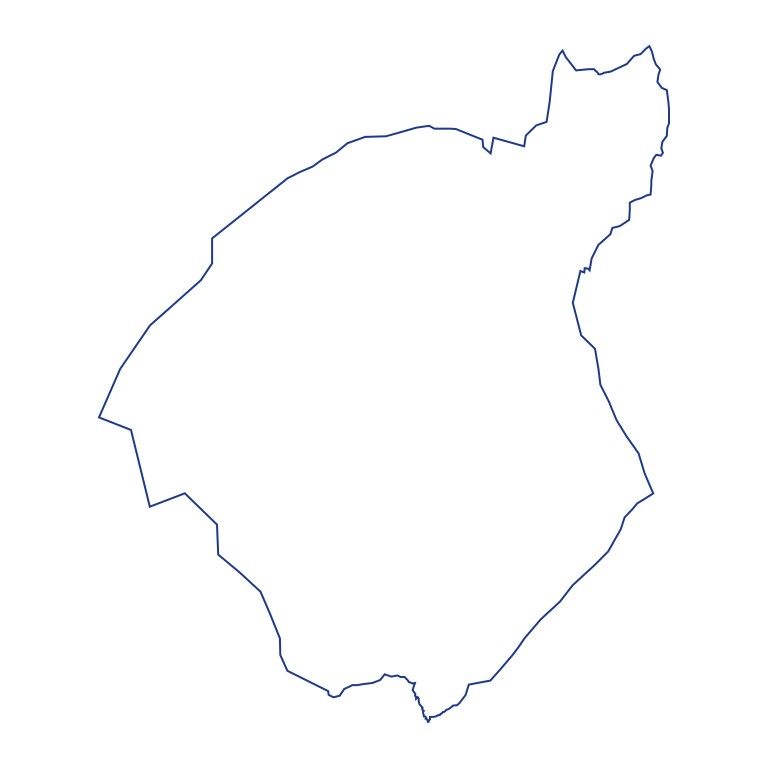 outline of Moro, Kwara, Nigeria
{"feature_id": "59680162B98306169506823", "entity_name": "Moro", "entity_type": "district", "adm_level": 2, "iso_a3": "NGA", "parent_name": "Nigeria", "parent_adm1": "Kwara", "projection": "equal_earth", "projection_center": [4.676, 8.847], "detail": "fine", "context": "isolated", "style": "outline", "palette": "blue", "viewbox_px": 768, "rotation_deg": 0, "n_neighbors": 0, "source": "geoboundaries", "source_scale": "gbopen_adm2", "svg_char_len": 2663}
<svg xmlns="http://www.w3.org/2000/svg" viewBox="0 0 768 768"><path d="M212.1,238.4L212.1,263.5L200.9,280.2L178.3,300.3L150.0,325.4L120.2,368.9L99.0,417.4L131.0,430.0L149.8,506.7L184.8,493.3L217.0,524.6L218.2,554.6L239.5,572.3L260.5,591.7L270.1,614.0L279.9,638.4L280.3,655.0L287.4,670.8L323.3,688.7L326.0,690.0L328.2,691.2L328.6,694.8L333.5,697.3L339.7,695.7L344.2,689.0L348.8,686.9L352.4,685.1L357.4,685.1L363.9,684.0L372.4,683.0L380.2,680.0L384.7,674.3L391.3,676.6L397.4,675.5L400.9,677.1L401.9,677.0L403.1,677.0L404.6,677.0L407.7,680.2L408.8,682.0L410.9,682.7L412.3,683.5L415.0,683.0L413.5,687.2L412.7,689.9L413.9,692.2L415.3,693.6L415.0,695.7L416.0,696.6L416.1,698.8L417.7,697.2L418.7,698.8L418.7,701.3L419.3,703.9L421.1,706.1L422.6,707.8L422.1,708.5L422.7,710.2L423.8,710.9L422.9,712.0L423.5,714.3L423.9,716.4L425.3,716.5L426.0,717.7L425.6,718.7L427.1,719.4L428.0,721.9L428.6,721.8L428.9,720.3L430.0,719.4L429.9,717.1L432.3,716.9L434.1,716.8L436.2,716.3L437.2,715.6L438.0,715.1L438.8,715.3L439.9,715.0L440.4,714.1L441.3,713.5L442.2,713.2L442.7,712.1L444.0,711.9L445.2,711.2L446.2,709.9L448.5,709.1L450.6,707.7L453.2,705.5L456.9,705.3L459.4,703.1L465.6,695.0L468.8,684.6L490.3,680.6L492.0,678.7L500.2,669.5L512.8,654.7L518.3,647.4L524.9,637.8L540.8,619.3L547.4,613.2L560.0,601.6L561.7,599.4L572.6,585.3L595.0,564.7L608.2,551.4L611.9,544.9L615.3,538.8L620.8,529.2L624.6,517.4L632.3,509.3L637.2,503.4L644.4,499.0L653.2,493.4L644.6,473.3L638.6,453.4L626.5,436.3L618.1,422.7L616.5,420.0L611.5,408.0L609.1,402.0L600.4,384.8L599.4,376.7L598.4,368.6L595.0,348.8L581.2,335.4L572.8,302.8L580.4,271.0L584.3,272.5L584.7,268.2L588.1,268.6L589.6,270.3L591.6,258.6L598.3,245.0L610.4,234.2L612.4,227.9L619.8,226.1L629.2,219.8L629.8,209.8L629.8,202.6L635.2,199.9L641.2,198.1L646.6,195.4L650.6,194.5L651.3,185.5L651.3,181.0L652.6,171.1L650.6,165.6L653.6,158.4L656.3,154.8L661.0,155.7L662.9,152.8L661.3,148.4L662.4,141.8L666.8,135.9L667.3,127.8L669.0,123.3L669.0,117.4L669.0,109.3L668.4,101.9L666.8,90.1L661.8,87.9L657.4,82.0L658.5,74.6L660.2,69.5L655.8,64.3L653.6,58.4L652.0,51.8L649.4,46.1L645.8,48.8L640.6,54.1L634.1,55.8L626.8,64.0L610.7,71.6L603.7,72.8L602.8,73.5L601.2,74.1L600.2,74.4L598.9,74.3L598.1,73.9L597.8,72.9L597.3,72.3L595.3,70.6L594.0,69.2L592.6,69.2L588.6,69.2L576.1,70.4L565.7,57.0L562.6,50.6L559.3,54.5L552.8,71.2L549.7,101.5L546.6,121.9L536.2,125.4L525.8,135.6L524.2,146.3L493.5,137.7L490.6,153.4L483.2,147.1L482.5,139.7L455.8,129.0L450.4,128.7L434.4,128.7L432.5,127.6L429.2,125.8L416.6,127.6L385.9,136.3L365.1,136.9L347.3,143.3L336.0,152.6L322.2,159.6L312.6,166.6L300.1,171.9L287.5,178.3L212.1,238.4Z" fill="none" stroke="#1e3a8a" stroke-width="2"/></svg>